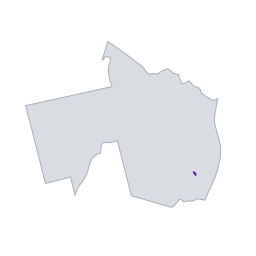 location of San Martín Zapotitlán, Retalhuleu, Guatemala, rotated 256°
{"feature_id": "79465075B10941026506975", "entity_name": "San Martín Zapotitlán", "entity_type": "district", "adm_level": 2, "iso_a3": "GTM", "parent_name": "Guatemala", "parent_adm1": "Retalhuleu", "projection": "albers", "projection_center": [-91.598, 14.614], "detail": "fine", "context": "in_parent", "style": "filled", "palette": "violet", "viewbox_px": 256, "rotation_deg": 256, "n_neighbors": 0, "source": "geoboundaries", "source_scale": "gbopen_adm2", "svg_char_len": 1910}
<svg xmlns="http://www.w3.org/2000/svg" viewBox="0 0 256 256"><g transform="rotate(256 128 128)"><path d="M39.2,184.9L40.4,183.7L41.3,181.0L42.6,178.2L41.8,175.0L41.4,172.4L42.8,168.6L42.7,165.7L43.3,163.9L45.3,162.8L46.4,160.6L40.7,153.1L40.7,151.4L41.4,149.2L46.1,141.2L51.7,131.7L57.8,121.2L61.4,114.8L74.8,114.8L83.7,114.8L94.9,114.8L107.1,114.7L115.1,114.7L118.5,114.6L117.9,110.5L118.3,105.9L119.7,101.8L119.7,99.9L117.3,97.7L112.7,96.4L110.1,94.5L110.1,92.0L108.9,88.9L106.7,85.4L102.0,81.8L95.0,78.1L89.0,73.1L84.0,66.9L79.8,62.9L76.6,61.2L75.9,60.3L85.3,60.4L94.2,60.4L94.2,51.5L94.2,43.5L94.3,34.5L110.4,34.5L129.6,34.4L149.6,34.3L165.2,34.1L174.5,34.1L174.1,45.2L173.8,58.1L173.5,67.6L173.2,80.3L172.8,93.3L172.4,110.9L172.0,122.4L172.2,122.6L177.5,122.0L185.3,122.4L187.2,122.4L189.6,123.3L191.5,123.6L195.5,126.1L200.2,128.0L203.1,124.0L201.5,121.7L200.3,120.5L200.5,119.5L216.8,129.4L214.9,131.0L210.8,134.7L203.5,141.0L196.8,146.6L190.4,151.7L184.7,156.4L184.0,156.8L176.6,160.1L175.4,161.6L173.9,168.1L173.2,169.7L174.6,173.2L176.0,178.7L175.6,181.6L170.5,185.1L168.2,188.4L167.2,190.4L166.2,189.9L164.7,189.8L161.0,190.6L159.2,190.8L157.8,191.7L157.6,193.7L158.7,196.9L159.0,198.5L158.0,199.3L153.5,201.3L151.7,203.2L150.1,206.2L148.1,207.4L146.0,207.2L144.6,207.7L141.5,209.9L136.8,214.2L134.3,217.4L134.2,219.8L134.7,221.9L117.5,214.5L111.8,213.2L87.7,213.5L77.4,210.5L65.7,204.8L57.7,199.5L39.2,184.9Z" fill="#d9dde1" stroke="#a8b0b8" stroke-width="1"/><path d="M69.0,181.1L68.9,181.1L68.7,181.1L68.1,181.2L67.9,181.3L67.7,181.4L67.6,181.5L67.4,181.6L67.0,181.8L66.9,181.8L66.7,181.9L66.7,182.0L66.6,182.3L66.4,182.4L66.3,182.5L66.2,182.5L66.3,182.6L66.6,182.5L66.7,182.4L67.0,182.3L67.4,182.3L67.5,182.3L67.8,182.4L68.0,182.4L68.1,182.2L68.3,182.0L68.4,181.9L68.5,181.7L68.8,181.5L68.8,181.4L68.9,181.2L69.0,181.1L69.0,181.1Z" fill="#8b5cf6" stroke="#5b21b6" stroke-width="1.5"/></g></svg>